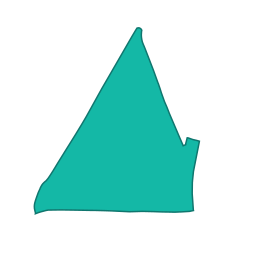 Zawiyya Al-Hamra, Al Qahirah, Egypt (Mercator projection), rotated 190°
{"feature_id": "37247803B37865224267935", "entity_name": "Zawiyya Al-Hamra", "entity_type": "district", "adm_level": 2, "iso_a3": "EGY", "parent_name": "Egypt", "parent_adm1": "Al Qahirah", "projection": "mercator", "projection_center": [31.271, 30.098], "detail": "fine", "context": "isolated", "style": "filled", "palette": "teal", "viewbox_px": 256, "rotation_deg": 190, "n_neighbors": 0, "source": "geoboundaries", "source_scale": "gbopen_adm2", "svg_char_len": 1922}
<svg xmlns="http://www.w3.org/2000/svg" viewBox="0 0 256 256"><g transform="rotate(190 128 128)"><path d="M55.4,127.4L58.3,127.7L62.2,127.9L66.5,128.6L67.2,128.7L68.0,128.6L68.1,127.2L68.4,123.0L68.4,122.6L68.4,122.3L68.3,121.9L68.3,121.6L70.6,120.1L70.8,120.5L71.0,120.8L76.1,128.5L89.8,149.5L93.2,155.1L96.7,160.4L99.2,164.8L101.2,168.3L103.0,171.8L105.0,175.4L105.9,177.1L106.1,177.3L106.3,177.6L113.0,189.3L124.9,209.0L126.8,212.0L127.0,212.3L127.1,212.5L127.4,212.8L127.6,213.2L127.8,213.6L128.1,214.0L128.3,214.4L128.5,214.7L128.7,215.1L128.9,215.5L129.1,215.9L129.3,216.3L129.4,216.7L129.6,217.1L129.8,217.5L129.9,218.0L130.1,218.4L130.2,218.8L130.3,219.2L130.5,219.6L130.6,220.1L130.7,220.5L130.8,220.9L130.9,221.4L131.0,221.8L131.1,222.2L131.1,222.7L131.2,223.1L131.2,223.5L131.3,224.0L131.3,224.4L131.4,224.8L131.4,225.3L131.4,225.7L131.4,226.2L131.4,226.6L131.6,226.9L131.8,227.2L132.0,227.4L132.2,227.6L132.4,227.8L132.6,227.9L132.9,228.1L133.2,228.2L133.4,228.3L133.7,228.4L134.0,228.5L134.3,228.5L134.6,228.5L134.9,228.5L135.3,228.4L135.6,228.3L135.9,228.2L136.1,228.0L136.5,227.9L137.5,225.4L140.0,218.8L155.3,176.8L160.5,162.6L163.3,154.5L166.6,144.9L170.9,132.4L171.1,131.9L171.3,131.3L173.8,124.6L178.4,112.8L182.1,103.6L185.5,95.2L190.0,84.0L191.0,81.5L194.5,72.5L196.6,67.5L198.0,64.4L199.5,61.8L200.8,60.3L202.2,58.3L203.0,56.7L203.9,54.0L204.0,53.4L204.1,52.8L205.1,49.1L205.9,44.6L206.5,40.7L206.8,37.8L206.8,36.1L206.6,34.3L206.1,32.3L205.1,29.9L204.9,29.4L204.6,28.9L204.3,27.8L204.3,27.5L201.6,29.1L199.3,30.3L194.5,32.5L192.4,33.3L179.9,35.7L165.0,38.1L151.1,40.3L145.7,41.2L136.4,42.6L130.0,43.5L112.0,45.8L99.4,48.4L88.3,50.1L81.2,51.1L78.5,51.5L74.2,52.2L69.0,53.0L67.6,53.2L65.3,53.7L61.8,54.5L61.6,54.5L52.8,56.6L52.6,56.7L49.2,58.1L49.4,58.5L53.4,74.6L55.2,85.7L55.2,86.3L55.3,86.9L56.0,96.6L55.4,126.2L55.4,126.9L55.4,127.4Z" fill="#14b8a6" stroke="#0f766e" stroke-width="1.5"/></g></svg>